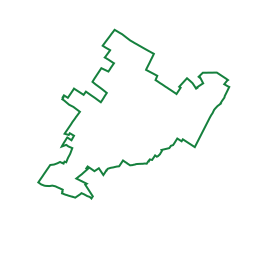 the district of Tekantó, Yucatán, Mexico, rotated 117°
{"feature_id": "50627088B33701655383070", "entity_name": "Tekantó", "entity_type": "district", "adm_level": 2, "iso_a3": "MEX", "parent_name": "Mexico", "parent_adm1": "Yucatán", "projection": "albers", "projection_center": [-89.093, 21.008], "detail": "fine", "context": "isolated", "style": "outline", "palette": "green", "viewbox_px": 256, "rotation_deg": 117, "n_neighbors": 0, "source": "geoboundaries", "source_scale": "gbopen_adm2", "svg_char_len": 4288}
<svg xmlns="http://www.w3.org/2000/svg" viewBox="0 0 256 256"><g transform="rotate(117 128 128)"><path d="M214.5,146.1L214.4,146.1L214.0,143.4L208.4,140.3L207.2,139.9L207.0,136.7L207.1,135.5L207.1,134.2L207.2,133.6L206.8,130.8L207.2,129.1L207.4,128.6L204.9,128.3L197.9,140.4L196.4,139.5L196.5,151.1L195.8,150.8L195.2,150.4L194.5,150.2L193.2,149.6L192.4,149.2L191.9,149.0L190.3,148.2L188.4,147.5L187.9,147.3L186.4,146.7L183.4,145.5L182.6,145.2L182.8,146.8L180.6,146.5L181.0,143.4L181.2,141.8L181.5,139.6L181.7,138.3L177.1,135.7L181.1,128.6L178.5,128.3L175.7,128.1L175.7,127.8L173.6,127.6L172.3,126.3L171.7,125.7L171.3,125.3L169.7,123.1L168.7,122.0L167.2,120.2L166.7,119.3L166.1,118.5L161.9,118.0L159.2,117.7L159.5,115.8L159.7,114.0L159.7,113.3L160.0,112.4L160.0,111.7L160.3,109.2L158.9,107.0L158.4,106.5L158.1,106.2L157.5,105.3L156.5,104.4L155.5,102.8L154.7,101.4L153.0,98.3L152.2,97.2L151.9,96.6L151.3,95.1L149.2,94.9L147.9,94.7L148.0,94.3L146.6,94.3L146.1,94.3L145.8,93.0L145.5,92.0L144.4,91.9L143.5,91.8L142.7,91.7L141.9,91.6L140.1,91.4L140.2,90.8L140.5,89.3L140.1,89.0L140.0,88.9L139.5,88.5L138.8,88.3L138.0,88.0L136.8,87.6L135.8,87.6L134.8,87.5L134.3,87.5L133.7,87.4L133.0,87.4L132.4,88.2L127.2,82.1L126.2,81.9L124.4,81.7L122.8,80.1L121.5,79.9L115.0,79.3L115.5,74.2L113.2,74.0L114.7,59.8L91.6,59.8L88.9,59.8L85.2,59.8L81.7,59.8L78.7,59.7L76.5,59.4L72.8,59.5L71.3,59.2L67.8,58.2L66.0,57.3L64.6,56.6L64.6,56.8L61.1,56.5L57.1,55.9L55.6,56.3L54.4,56.3L53.1,56.3L46.0,56.4L45.9,56.4L45.5,56.4L45.5,58.5L45.3,62.1L40.9,61.2L39.9,60.7L39.7,61.9L39.5,63.2L38.3,74.0L44.8,86.4L50.3,88.3L50.8,86.0L50.7,86.0L54.1,81.3L54.4,81.5L54.8,81.7L55.1,81.9L55.4,82.1L55.8,82.3L56.1,82.5L56.5,82.7L56.6,82.8L57.1,83.1L57.4,83.2L58.2,83.7L60.0,84.7L60.2,84.4L60.5,84.3L62.0,85.2L60.3,88.1L59.5,89.5L58.7,91.0L58.3,92.5L57.8,94.3L56.9,98.0L63.0,99.7L68.0,101.1L68.1,99.9L68.2,99.4L71.1,99.7L72.8,99.9L75.7,100.2L75.5,101.3L75.4,102.4L75.1,104.8L74.9,106.5L74.8,107.3L74.6,109.4L74.3,111.6L74.2,113.2L73.9,115.3L73.6,117.7L73.5,119.3L73.3,120.8L73.0,123.0L72.8,125.2L68.2,125.6L68.2,125.8L68.1,130.5L68.1,130.8L68.0,138.3L67.1,138.4L64.5,138.4L60.5,138.4L56.8,138.5L54.3,138.5L50.2,138.6L49.9,147.3L49.7,151.8L49.6,153.6L49.5,156.3L49.4,157.8L49.3,161.1L49.2,161.9L49.0,165.8L48.4,169.0L48.3,169.6L47.1,175.8L47.0,178.5L46.8,181.1L46.7,182.9L46.6,184.5L49.0,184.9L51.5,185.4L52.1,185.5L54.2,185.8L57.5,186.4L60.3,186.9L61.3,187.1L63.4,187.4L63.6,187.5L65.5,187.8L66.2,187.9L66.5,185.0L66.6,183.0L66.7,180.6L66.8,179.2L67.0,179.2L71.8,180.0L74.9,180.5L75.7,180.7L75.8,178.8L75.9,178.0L75.9,177.5L76.0,176.2L76.1,175.4L76.4,172.8L76.7,170.2L76.7,169.9L79.8,170.3L81.9,170.6L83.0,170.7L84.2,170.8L86.6,171.1L86.8,178.9L94.6,179.8L96.4,180.0L98.2,180.2L98.9,180.3L100.2,180.4L102.8,180.6L103.0,180.6L103.9,176.5L104.2,174.5L105.1,169.1L105.4,167.6L106.4,162.8L111.0,163.3L111.7,163.3L115.9,163.7L117.4,163.9L116.8,167.6L116.2,171.2L115.7,175.1L114.7,182.0L118.6,182.6L117.9,189.4L117.5,193.4L117.4,194.0L119.6,194.2L128.4,195.3L128.0,199.9L130.3,200.1L130.4,199.4L132.2,199.6L132.5,197.3L134.0,191.0L134.0,186.2L134.3,184.6L135.4,178.2L141.4,179.2L141.6,179.3L143.6,179.5L147.7,180.2L151.0,180.5L161.9,181.9L161.1,177.6L159.1,177.5L159.4,172.6L164.6,172.8L164.0,177.8L164.5,177.9L165.7,178.0L166.7,178.1L167.2,178.1L169.1,178.3L170.2,178.4L170.3,178.4L172.2,178.5L173.6,178.6L174.6,178.6L171.1,175.4L171.1,174.8L171.3,174.2L171.5,172.7L171.3,169.9L171.2,168.5L175.5,168.0L177.2,167.8L179.0,167.8L181.4,167.9L183.4,167.8L185.1,167.6L186.6,167.5L186.8,169.3L187.5,169.3L188.8,169.3L188.8,169.7L189.0,169.6L189.1,171.1L189.1,172.5L189.1,173.1L190.7,174.3L191.3,174.7L192.5,175.8L193.8,177.0L194.2,177.4L196.0,180.1L196.3,180.5L198.7,180.8L200.9,181.1L201.5,181.2L205.5,181.7L205.9,181.8L206.2,181.8L208.4,182.1L208.8,182.1L212.4,182.6L216.2,183.1L217.2,183.2L217.3,182.2L217.6,180.4L217.7,179.7L217.5,178.0L217.4,176.8L217.4,176.6L217.1,175.5L216.7,174.5L216.1,173.2L215.5,171.8L215.1,171.2L214.3,170.1L213.7,169.3L213.5,168.5L213.1,166.9L212.9,166.0L212.9,165.1L212.9,164.5L212.8,162.6L212.7,161.3L212.7,160.0L212.6,159.1L212.6,158.1L214.6,157.7L214.6,157.4L216.2,157.1L216.0,155.7L216.0,155.0L215.8,153.3L215.5,151.9L215.3,150.3L214.8,147.7L214.5,146.1Z" fill="none" stroke="#15803d" stroke-width="2"/></g></svg>